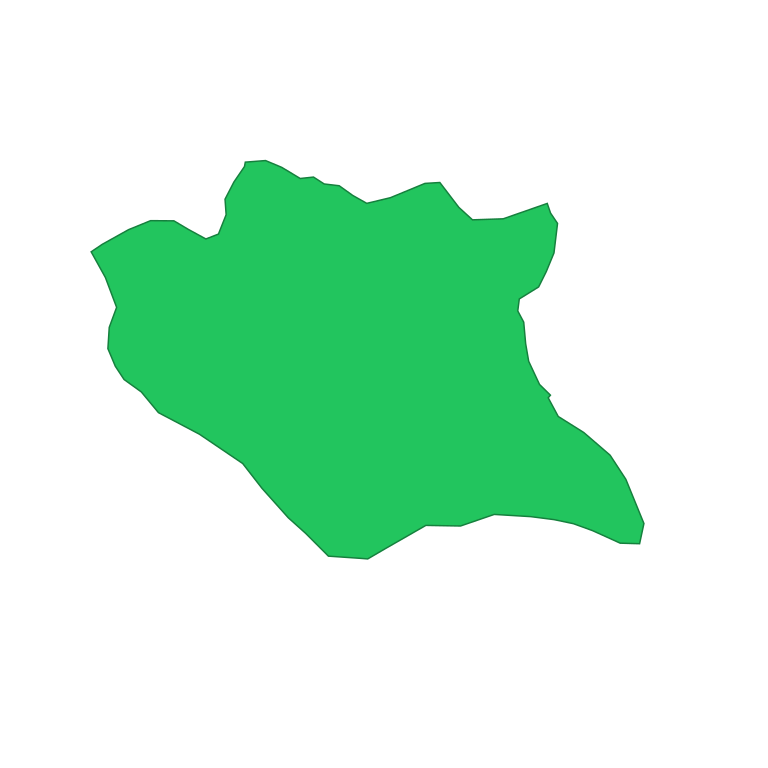 the district of Enköping, Uppsala, Sweden, rotated 332°
{"feature_id": "70781695B25535474598498", "entity_name": "Enköping", "entity_type": "district", "adm_level": 2, "iso_a3": "SWE", "parent_name": "Sweden", "parent_adm1": "Uppsala", "projection": "albers", "projection_center": [17.163, 59.678], "detail": "fine", "context": "isolated", "style": "filled", "palette": "green", "viewbox_px": 768, "rotation_deg": 332, "n_neighbors": 0, "source": "geoboundaries", "source_scale": "gbopen_adm2", "svg_char_len": 1071}
<svg xmlns="http://www.w3.org/2000/svg" viewBox="0 0 768 768"><g transform="rotate(332 384 384)"><path d="M187.5,129.8L188.0,159.2L183.9,190.8L168.0,205.0L156.8,223.2L156.0,232.4L155.1,242.2L156.6,258.0L166.0,277.1L171.4,303.4L197.4,341.6L221.9,387.9L227.3,418.9L236.7,457.2L244.6,478.8L254.1,509.9L281.4,526.9L287.5,530.8L307.5,530.0L354.6,528.5L384.9,545.3L420.1,550.9L451.3,570.0L470.5,583.6L485.7,596.3L499.4,611.5L517.8,635.4L529.9,642.3L534.7,645.0L548.0,629.2L552.8,581.7L550.2,553.0L537.6,520.6L522.6,494.5L522.5,473.3L525.7,472.0L521.1,457.4L522.4,431.9L528.0,414.9L536.4,395.0L536.4,382.3L543.4,372.4L566.1,370.9L580.1,360.9L595.6,348.1L612.6,323.7L611.3,311.3L612.9,301.2L566.8,294.1L539.2,280.6L533.0,263.2L527.9,232.3L514.3,226.1L477.1,222.5L453.6,216.4L444.9,202.8L437.5,187.9L425.1,179.3L418.9,168.2L406.5,163.2L395.4,144.7L384.3,131.1L365.7,123.0L362.9,126.5L346.3,135.2L330.4,146.2L324.1,160.4L308.2,173.9L294.8,172.3L283.8,155.6L275.1,141.3L254.6,130.2L230.9,127.8L200.8,128.4L187.5,129.8Z" fill="#22c55e" stroke="#15803d" stroke-width="1.5"/></g></svg>